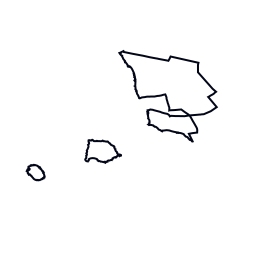 outline of Aiga i le Tai, A'ana, Samoa, rotated 301°
{"feature_id": "51752279B95310114006848", "entity_name": "Aiga i le Tai", "entity_type": "district", "adm_level": 2, "iso_a3": "WSM", "parent_name": "Samoa", "parent_adm1": "A'ana", "projection": "equal_earth", "projection_center": [-172.087, -13.857], "detail": "fine", "context": "isolated", "style": "outline", "palette": "ink", "viewbox_px": 256, "rotation_deg": 301, "n_neighbors": 0, "source": "geoboundaries", "source_scale": "gbopen_adm2", "svg_char_len": 5812}
<svg xmlns="http://www.w3.org/2000/svg" viewBox="0 0 256 256"><g transform="rotate(301 128 128)"><path d="M170.5,174.3L175.3,181.0L176.3,182.3L176.6,182.9L177.4,183.8L178.9,185.9L185.0,190.3L191.6,193.3L195.9,180.8L196.7,181.3L198.4,182.1L200.2,183.2L201.6,183.9L203.3,184.3L204.4,184.8L205.2,180.3L211.8,159.3L218.1,155.5L220.2,154.8L211.2,127.7L208.0,128.0L206.4,128.0L206.2,127.3L202.8,118.1L202.8,117.9L201.7,115.1L199.8,110.0L197.7,103.7L194.2,94.3L191.0,85.3L191.6,84.5L190.2,83.6L189.8,83.3L188.7,82.7L187.9,82.0L187.6,82.6L188.0,82.8L188.0,83.2L187.6,83.1L187.3,83.3L186.8,84.8L187.0,85.5L186.9,85.9L186.2,86.2L185.5,87.5L184.9,88.1L184.4,89.4L184.1,90.2L183.7,90.6L183.8,91.0L182.8,91.6L183.1,92.1L182.3,94.1L181.7,95.4L181.3,95.5L180.9,95.9L181.3,96.1L181.4,96.8L180.9,97.2L181.0,97.6L181.7,97.7L181.7,98.3L181.1,100.1L180.5,101.3L178.3,104.6L177.9,105.0L177.6,104.8L177.3,105.1L177.5,105.5L176.8,106.2L176.5,105.9L176.1,106.1L176.2,106.4L175.6,106.9L175.6,107.4L175.1,107.7L174.8,107.6L174.8,108.0L173.9,108.9L173.8,108.6L173.3,108.8L173.4,109.2L172.2,110.1L171.8,109.6L171.4,110.6L167.7,112.6L167.4,112.4L167.3,113.0L166.8,113.4L166.4,113.6L165.6,114.3L165.1,114.3L164.7,115.2L164.7,115.6L164.2,116.4L163.4,116.9L163.3,116.7L163.0,117.2L162.3,117.8L161.9,118.3L161.0,120.2L160.4,120.7L160.1,121.4L159.4,122.1L159.7,122.6L159.6,122.9L161.4,124.2L163.3,126.7L164.2,127.6L165.3,129.1L165.7,130.0L166.1,130.4L168.7,134.6L170.7,136.8L171.5,138.0L173.1,139.8L174.7,141.2L176.0,142.7L174.1,145.2L173.0,145.9L171.8,147.2L171.2,147.9L170.3,148.8L169.7,149.4L168.9,150.5L167.8,151.6L166.8,152.9L164.3,154.3L164.8,154.7L164.9,155.0L167.5,158.9L171.3,164.1L170.9,168.4L170.7,172.6L170.5,174.3ZM153.3,135.7L152.5,136.5L152.3,136.0L152.1,136.0L151.9,136.6L151.5,136.5L151.3,136.8L151.7,137.4L151.4,137.6L151.1,137.0L150.6,137.2L150.8,137.6L150.4,137.8L149.8,137.9L149.5,138.1L149.5,138.5L148.9,138.8L148.3,139.2L147.2,140.2L146.7,140.2L145.8,142.1L145.4,142.6L144.8,142.8L144.4,143.4L143.6,143.7L143.3,143.6L143.1,143.8L142.8,143.6L142.4,144.3L141.8,144.3L141.4,143.9L141.3,144.5L141.7,144.9L142.3,145.8L142.8,146.9L142.9,147.6L143.2,148.1L143.2,148.5L142.9,149.2L143.0,149.5L142.8,150.2L143.3,151.0L143.3,151.9L143.0,153.8L142.5,154.9L142.6,155.9L142.8,156.6L142.8,157.6L142.6,158.3L142.8,159.1L143.6,159.0L144.2,159.9L145.4,161.4L146.1,162.3L147.1,164.5L147.4,165.6L147.7,167.0L148.4,169.3L149.2,171.5L149.0,171.8L148.9,172.3L149.1,172.6L149.5,172.3L150.0,173.3L149.9,173.6L149.8,173.9L150.1,174.2L150.8,175.8L151.3,178.0L151.4,178.9L151.3,179.4L150.8,180.1L150.7,181.1L150.4,181.8L150.5,182.3L150.8,183.5L150.8,183.9L150.4,184.7L150.1,185.4L150.0,186.4L149.8,186.5L149.6,187.0L150.0,187.9L149.9,188.9L149.6,189.5L149.5,190.0L149.8,190.3L150.4,189.4L154.4,183.2L156.8,185.9L159.7,189.6L161.8,188.5L162.9,187.6L163.7,186.6L166.0,182.5L167.5,179.7L169.1,177.0L170.5,174.3L167.1,170.2L166.5,169.0L162.7,162.6L160.7,158.8L159.5,157.8L160.2,156.9L160.4,154.6L159.3,151.4L158.6,148.7L158.5,147.5L157.2,143.1L156.5,140.7L156.4,140.0L155.3,137.5L154.5,137.1L153.3,135.7ZM97.0,100.6L96.5,100.9L95.8,101.3L95.5,102.0L94.6,102.7L93.5,102.6L93.0,102.4L92.3,103.3L91.7,103.7L91.2,103.9L90.1,104.0L89.6,104.2L87.4,104.3L87.0,104.7L86.9,105.0L86.6,105.2L85.1,105.5L84.9,105.4L84.7,105.9L84.2,106.4L83.5,106.6L83.1,106.4L82.7,106.4L82.2,106.9L80.7,107.7L80.2,107.5L79.1,107.5L78.5,108.1L78.2,109.0L78.3,109.9L78.7,110.8L79.0,110.7L79.9,111.1L80.4,110.9L80.7,110.6L81.4,110.6L82.2,111.2L83.0,111.9L84.0,113.2L84.8,114.9L85.3,116.9L85.2,117.1L85.3,117.7L85.0,118.1L84.9,118.7L84.5,118.8L84.5,120.0L85.1,120.7L85.1,121.9L85.5,122.5L86.3,125.0L86.8,125.1L87.0,125.7L86.8,126.1L86.5,126.2L86.5,126.5L87.1,126.6L87.4,126.3L87.6,126.8L87.9,126.8L88.1,127.3L88.4,127.4L88.6,127.7L89.0,127.4L89.5,127.5L90.2,128.1L90.3,128.6L90.7,129.0L91.8,129.8L92.1,130.5L92.3,130.4L92.9,130.5L93.2,130.8L93.8,130.5L94.3,130.8L94.4,130.6L95.4,131.1L96.1,131.7L96.4,131.9L96.3,132.7L96.7,133.0L97.1,132.7L98.1,133.3L98.6,133.2L99.4,133.9L99.7,134.6L99.5,135.1L99.9,135.2L100.4,136.1L100.8,136.2L101.2,135.9L101.1,134.9L100.9,134.3L100.4,133.9L100.3,132.8L100.8,132.2L100.7,131.8L101.2,131.5L101.4,131.0L101.8,130.7L101.9,129.5L102.6,128.5L103.3,128.2L103.2,127.8L103.5,127.2L103.9,126.9L104.1,126.3L104.6,126.1L104.8,126.1L105.2,125.2L105.2,124.9L104.9,123.7L105.0,123.2L104.8,122.2L105.1,121.1L105.4,120.9L105.4,120.3L105.5,120.2L105.5,119.2L105.7,118.5L106.0,117.9L105.8,117.2L105.4,116.9L105.3,116.5L105.0,116.0L104.7,115.2L104.6,114.7L104.0,113.7L104.2,113.0L104.1,112.7L103.3,112.3L102.8,111.7L101.2,108.8L101.2,108.6L100.9,108.4L100.8,107.8L100.5,107.7L100.2,107.3L99.2,105.5L99.6,103.7L99.3,103.3L98.8,103.4L98.4,103.0L98.3,102.5L98.1,102.3L97.9,102.2L97.6,101.0L97.4,101.0L97.0,100.6ZM44.9,63.7L44.2,63.0L43.6,63.0L43.4,62.7L42.6,63.1L42.0,63.3L42.0,63.5L42.4,64.2L42.2,64.9L41.5,65.0L40.4,64.5L40.7,63.4L40.5,63.2L39.8,63.4L38.9,63.4L38.9,64.0L38.7,64.5L38.2,65.2L37.9,65.2L37.8,65.7L37.5,65.8L37.5,66.2L36.8,67.1L37.1,67.5L37.6,67.5L37.7,67.9L37.5,68.5L37.1,69.1L37.3,69.4L37.2,70.0L36.6,71.2L36.2,72.7L35.9,73.2L35.8,74.2L35.9,75.5L36.2,75.9L36.1,76.2L36.3,76.9L36.8,77.1L37.0,78.1L37.5,78.3L37.7,79.0L37.9,79.3L38.7,79.6L39.1,80.0L39.5,80.1L39.6,80.5L40.0,80.8L40.5,80.7L41.0,81.3L41.4,80.9L41.8,81.1L41.9,81.6L42.3,81.5L42.5,81.7L42.7,81.3L43.1,81.2L43.6,81.3L43.6,81.0L44.5,80.5L45.4,79.4L45.6,78.9L46.0,78.9L45.9,78.4L46.3,78.3L46.5,77.7L46.9,77.9L47.2,77.3L47.2,76.0L47.5,75.8L47.8,75.0L48.0,74.8L47.8,74.1L48.3,73.8L48.6,73.4L48.3,72.7L48.8,72.6L48.6,72.1L48.9,71.9L48.9,71.4L48.7,71.2L48.9,70.7L48.7,70.3L48.9,69.9L48.9,69.2L48.6,68.5L48.6,68.0L48.1,66.7L47.8,66.7L47.7,66.1L47.3,66.0L47.3,65.6L46.4,65.1L46.3,64.9L46.4,64.3L46.2,64.1L45.8,64.2L45.7,63.9L45.4,64.0L44.9,63.7Z" fill="none" stroke="#020617" stroke-width="2"/></g></svg>